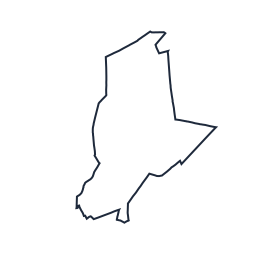 the district of Pielesti, Dolj, Romania, rotated 135°
{"feature_id": "2599482B41657054253301", "entity_name": "Pielesti", "entity_type": "district", "adm_level": 2, "iso_a3": "ROU", "parent_name": "Romania", "parent_adm1": "Dolj", "projection": "robinson", "projection_center": [23.982, 44.341], "detail": "fine", "context": "isolated", "style": "outline", "palette": "slate", "viewbox_px": 256, "rotation_deg": 135, "n_neighbors": 0, "source": "geoboundaries", "source_scale": "gbopen_adm2", "svg_char_len": 3964}
<svg xmlns="http://www.w3.org/2000/svg" viewBox="0 0 256 256"><g transform="rotate(135 128 128)"><path d="M93.5,193.9L100.6,186.2L106.7,179.9L109.4,177.2L110.6,176.1L111.5,175.2L113.1,173.5L116.4,170.5L119.3,167.5L120.0,166.6L121.1,166.4L121.8,166.4L122.3,166.4L122.6,166.4L123.0,166.4L123.9,166.4L126.1,166.4L126.9,166.4L127.6,166.3L128.2,166.3L129.1,166.3L129.7,166.3L130.1,166.3L130.4,166.2L130.7,166.2L130.9,166.2L131.4,166.1L131.7,165.9L143.8,158.7L149.0,155.5L149.9,154.8L150.8,154.2L151.5,153.8L151.9,153.5L152.3,153.3L152.7,152.9L153.5,152.3L154.7,151.1L155.4,150.4L156.1,149.7L156.7,148.8L157.9,147.5L158.8,146.3L159.6,145.4L162.7,141.7L164.3,139.8L165.6,138.0L167.7,135.2L170.1,132.5L170.8,132.3L171.1,132.2L171.2,131.9L171.4,131.1L171.5,130.5L172.3,127.3L172.8,125.3L173.1,124.0L173.1,123.8L173.1,123.7L173.0,123.3L173.0,123.2L173.8,123.0L175.3,122.6L176.7,122.2L177.9,121.9L178.8,121.7L179.8,121.5L180.8,121.3L182.0,121.0L182.9,120.8L183.3,120.6L184.1,120.2L185.2,119.6L185.8,119.3L186.3,119.1L186.8,118.8L187.4,118.6L187.9,118.5L188.4,118.4L189.0,118.3L189.6,118.3L190.1,118.3L190.6,118.3L191.2,118.4L192.1,118.6L192.9,118.8L193.6,118.9L194.9,119.2L195.2,119.3L195.6,119.4L195.9,119.4L196.2,119.4L196.6,119.5L196.8,119.5L197.1,119.5L197.5,119.4L198.6,118.9L199.0,118.8L199.5,118.7L199.8,118.6L200.2,118.5L200.8,118.1L201.4,117.7L201.5,117.5L202.0,117.3L202.7,116.9L203.3,116.5L204.9,115.7L206.0,115.3L206.7,115.0L207.6,114.9L209.5,114.9L210.7,115.2L212.0,115.5L212.6,115.6L214.1,114.2L215.6,112.8L219.1,109.5L219.6,109.0L220.5,108.2L221.1,107.8L220.7,107.5L220.5,107.3L220.0,107.2L219.5,108.1L219.1,108.7L217.4,107.7L217.8,107.1L218.1,106.6L218.4,105.7L218.9,104.2L219.3,103.0L219.9,100.5L220.3,99.3L220.8,98.2L221.4,97.0L220.3,96.3L220.4,95.9L220.8,94.6L221.3,93.0L220.5,92.9L219.9,92.8L219.1,92.8L217.9,92.5L217.4,92.2L216.8,91.9L216.8,91.6L216.7,90.3L216.7,87.8L212.5,85.8L207.2,83.4L202.6,81.3L200.4,80.3L199.5,79.9L199.0,79.7L198.7,79.6L196.5,78.7L193.7,77.4L192.8,76.9L192.0,76.5L192.3,76.4L192.5,76.3L192.7,76.2L192.9,76.1L193.2,76.0L193.4,75.8L193.9,75.4L195.0,74.7L195.9,74.2L196.6,73.7L197.3,73.3L197.9,73.0L198.7,72.5L199.3,72.0L200.4,71.4L200.7,71.1L200.8,71.0L200.4,70.4L200.1,70.0L199.4,68.8L198.7,67.9L198.6,67.4L198.4,66.6L198.1,65.8L197.8,64.7L197.6,64.0L197.4,63.8L197.4,63.6L196.2,63.3L195.0,63.0L193.8,62.5L193.3,62.2L192.9,62.1L192.8,62.3L192.6,62.7L192.3,63.1L190.3,65.6L189.6,66.5L189.2,67.0L188.9,67.5L188.6,67.8L188.4,68.0L187.9,68.6L186.8,69.6L183.7,72.5L182.5,73.6L181.4,74.7L180.0,74.9L178.3,75.2L176.0,75.6L172.8,76.2L168.1,76.7L162.9,77.7L160.4,78.0L158.9,78.3L156.4,78.8L149.7,79.8L145.2,80.6L142.3,75.3L141.5,73.6L139.9,71.9L138.3,70.9L137.7,70.4L131.1,69.6L127.0,69.3L125.0,69.4L123.4,69.0L120.3,68.5L118.6,68.4L116.2,68.2L114.4,68.0L115.1,66.2L115.7,64.7L81.0,65.9L67.1,66.3L65.2,66.3L65.5,66.7L66.3,67.8L68.6,71.2L70.3,74.0L71.2,75.5L72.5,77.2L73.3,78.3L73.6,78.8L74.3,79.6L74.6,80.0L74.9,80.6L76.5,82.9L77.2,83.9L77.6,84.6L78.0,85.3L78.8,86.7L79.4,87.6L81.0,90.1L81.9,91.2L82.2,91.9L82.4,92.0L82.7,92.4L83.8,94.1L84.3,94.8L85.7,96.9L86.4,97.8L87.6,99.4L88.5,100.5L87.6,101.7L85.2,104.9L83.2,107.5L81.5,109.6L78.4,114.1L77.9,115.0L77.0,115.9L76.2,117.0L74.7,119.1L73.9,120.2L72.4,122.2L71.0,124.1L69.5,126.1L69.0,126.7L67.8,128.0L66.9,129.2L66.6,129.6L66.1,130.2L66.0,130.3L61.5,135.7L58.2,139.5L51.4,147.4L49.9,149.1L48.9,150.2L47.1,152.4L46.2,153.7L45.1,154.1L53.2,158.8L50.9,165.1L50.4,165.8L50.1,166.5L49.9,167.0L49.7,167.4L34.6,168.6L34.7,169.5L34.8,170.0L35.0,170.4L35.2,170.7L35.7,171.1L36.5,171.9L36.8,172.2L37.9,173.3L38.2,173.6L39.0,174.3L40.1,175.4L40.8,176.1L42.0,177.2L42.8,178.0L43.5,178.8L43.7,179.0L43.8,179.5L44.0,180.0L44.1,180.5L47.3,181.1L50.8,181.7L53.8,182.3L54.6,182.4L58.4,183.1L59.6,183.0L60.3,183.2L61.0,183.4L63.7,184.2L64.3,184.4L67.8,185.5L68.7,185.7L74.9,187.6L79.6,188.9L85.6,191.2L86.1,191.3L89.2,192.4L93.2,193.8L93.5,193.9Z" fill="none" stroke="#1e293b" stroke-width="2"/></g></svg>